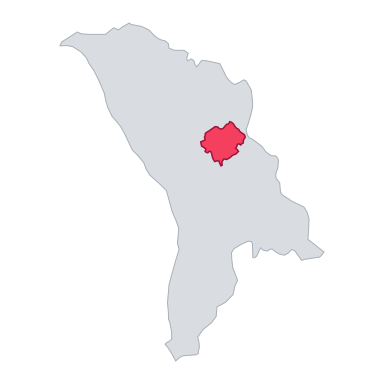 Moldova, with Orhei highlighted
{"feature_id": "MDA-1643", "entity_name": "Orhei", "entity_type": "District", "adm_level": 1, "iso_a3": "MDA", "parent_name": "Moldova", "parent_adm1": "", "projection": "orthographic", "projection_center": [28.834, 47.401], "detail": "fine", "context": "in_parent", "style": "filled", "palette": "rose", "viewbox_px": 384, "rotation_deg": 0, "n_neighbors": 0, "source": "natural_earth", "source_scale": "10m", "svg_char_len": 2690}
<svg xmlns="http://www.w3.org/2000/svg" viewBox="0 0 384 384"><path d="M60.0,45.8L61.7,42.0L77.3,32.0L81.2,33.8L89.2,34.4L105.5,34.4L113.6,27.8L118.6,29.8L122.6,26.8L129.4,23.0L130.4,23.9L131.2,24.5L141.6,26.4L149.3,30.2L154.5,35.9L159.8,39.5L165.4,41.0L168.4,43.8L169.0,48.2L174.2,50.3L184.0,50.3L188.2,53.2L186.6,58.9L187.6,60.8L191.1,58.9L193.8,60.6L195.2,64.9L196.7,66.9L201.8,60.3L207.1,60.9L219.9,63.7L226.7,77.5L231.0,82.5L234.7,84.5L239.5,82.4L243.7,79.8L246.1,81.0L251.3,90.1L252.6,102.1L252.6,106.9L250.8,115.0L248.2,123.7L246.1,129.4L247.0,133.9L248.9,137.7L252.0,138.9L262.1,146.5L265.8,151.8L271.3,155.7L275.5,155.9L277.7,158.1L278.5,160.7L277.9,167.6L275.7,174.0L276.0,178.1L279.7,182.9L280.2,188.6L280.5,192.2L282.5,195.0L291.8,201.2L303.9,207.0L307.1,212.2L309.0,218.7L308.6,229.7L307.9,239.3L324.0,252.0L322.2,254.4L319.8,257.1L304.6,259.3L301.6,260.4L294.8,250.7L291.4,249.6L288.1,253.2L284.4,255.2L279.7,254.2L274.8,251.3L272.3,249.2L270.3,249.0L267.3,251.1L263.2,250.2L260.5,247.8L256.7,256.1L254.3,257.9L252.8,257.6L252.5,243.6L251.3,241.5L248.3,241.2L240.9,244.5L233.9,248.8L231.5,252.7L231.8,259.6L232.8,267.8L237.6,280.3L235.0,285.7L233.1,294.4L225.5,302.3L217.0,306.9L216.2,316.4L211.4,322.9L203.2,329.3L197.7,337.1L199.0,342.5L199.4,347.5L198.4,350.9L198.2,353.6L196.0,354.8L183.4,355.7L179.9,357.3L175.7,361.0L171.9,353.9L168.0,347.7L165.1,344.3L166.4,342.8L169.5,341.1L171.8,339.0L171.6,331.7L170.0,323.2L168.5,319.1L168.4,312.7L167.5,302.7L169.1,284.2L175.5,261.0L179.1,249.5L177.4,243.1L178.8,228.4L176.2,221.0L172.1,211.4L166.4,190.6L159.0,183.3L150.0,175.3L146.2,169.2L143.7,162.6L138.3,156.0L132.2,149.8L125.1,134.7L121.3,127.8L120.2,125.9L111.9,116.1L107.7,107.3L105.6,100.1L104.4,93.5L98.8,80.2L93.7,70.3L88.8,63.2L86.6,58.1L80.8,51.7L72.5,46.6L67.1,45.6L60.0,45.8Z" fill="#d9dde1" stroke="#a8b0b8" stroke-width="1"/><path d="M238.5,151.4L235.9,154.0L232.7,155.2L229.8,157.8L226.7,159.5L223.8,159.0L221.9,161.9L222.2,165.1L221.0,165.9L219.8,163.6L218.9,161.0L217.1,160.8L214.8,161.6L213.3,159.4L212.3,156.6L211.7,153.9L210.8,151.6L209.2,151.4L207.8,152.8L206.5,152.5L205.1,151.5L205.8,148.8L201.6,146.1L200.7,141.9L205.0,140.0L205.0,138.8L204.5,137.7L204.6,136.7L205.2,135.7L205.2,134.5L205.4,133.4L206.9,132.1L208.6,131.2L215.0,126.7L216.4,126.7L217.9,127.1L219.4,128.6L221.3,129.1L223.4,128.2L226.4,124.4L228.2,124.1L229.1,123.1L229.7,121.7L231.5,122.2L233.4,123.9L235.9,127.7L238.8,129.5L239.3,130.7L240.5,132.1L243.8,134.2L244.7,135.2L245.0,136.2L245.2,136.8L244.9,137.9L243.6,139.7L243.1,143.2L241.8,143.7L240.7,145.0L238.8,143.8L237.5,144.3L236.8,146.5L235.5,148.0L237.1,149.4L238.5,151.4Z" fill="#f43f5e" stroke="#9f1239" stroke-width="1.5"/></svg>